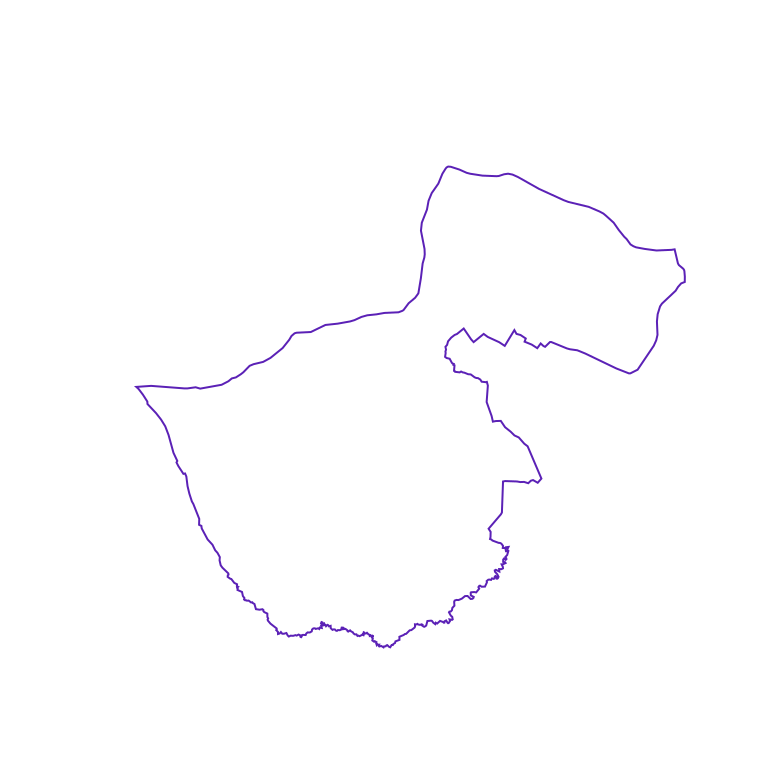 outline of Prachaksinlapakhom, Udon Thani, Thailand, rotated 302°
{"feature_id": "78962969B6434448964303", "entity_name": "Prachaksinlapakhom", "entity_type": "district", "adm_level": 2, "iso_a3": "THA", "parent_name": "Thailand", "parent_adm1": "Udon Thani", "projection": "robinson", "projection_center": [102.94, 17.257], "detail": "fine", "context": "isolated", "style": "outline", "palette": "violet", "viewbox_px": 768, "rotation_deg": 302, "n_neighbors": 0, "source": "geoboundaries", "source_scale": "gbopen_adm2", "svg_char_len": 6166}
<svg xmlns="http://www.w3.org/2000/svg" viewBox="0 0 768 768"><g transform="rotate(302 384 384)"><path d="M639.0,501.5L642.5,493.3L644.4,482.7L644.8,479.7L644.5,475.3L642.7,463.7L636.1,443.9L635.1,438.9L631.6,412.1L630.5,387.8L629.7,382.0L628.1,377.8L625.5,374.7L621.2,371.1L619.8,369.2L612.9,357.1L608.0,345.7L606.9,342.2L605.8,334.3L603.6,325.5L602.4,323.2L600.8,322.3L599.1,322.1L593.3,322.1L582.7,323.9L571.2,323.3L563.0,324.7L554.7,328.0L540.8,330.6L533.6,334.1L520.0,346.8L515.6,349.8L512.6,351.2L506.7,352.9L493.3,359.2L479.1,365.1L473.6,364.7L465.6,362.1L457.1,361.4L455.8,360.8L452.5,358.3L444.5,346.7L439.0,340.6L433.4,333.4L428.9,329.3L422.5,325.1L419.1,322.1L410.6,312.7L403.0,303.0L389.3,294.4L381.1,282.6L379.6,281.3L375.7,280.1L371.3,280.2L360.8,279.0L346.0,273.9L338.7,269.8L331.7,262.9L328.2,260.4L319.4,258.5L316.4,257.4L311.1,254.9L308.1,252.0L303.9,250.6L297.3,246.7L282.7,230.6L281.4,226.0L276.0,219.5L274.3,216.7L259.0,187.5L250.3,175.5L249.7,178.6L247.2,185.2L243.7,192.6L241.7,194.0L238.5,206.1L235.7,213.8L232.2,220.9L226.6,228.3L214.1,241.9L209.2,249.5L207.5,249.6L205.3,253.3L201.5,261.5L202.7,262.7L200.8,265.4L193.3,271.5L187.9,277.0L182.6,283.3L181.2,285.9L171.7,298.8L166.6,301.8L166.9,304.3L164.9,306.0L158.7,316.8L156.8,323.7L153.5,329.0L152.6,332.2L150.2,336.5L147.3,338.0L143.7,341.6L142.6,344.3L140.9,352.3L139.9,353.2L139.0,352.9L137.6,353.6L137.4,356.8L137.7,357.9L136.0,362.4L136.3,365.5L134.7,366.3L134.7,367.5L133.9,367.0L133.3,367.4L133.3,368.2L131.7,368.9L132.4,373.8L129.4,376.7L128.5,379.1L127.1,379.5L127.0,380.9L127.5,381.4L127.6,382.6L128.6,384.0L128.3,387.1L129.1,388.0L128.7,388.9L128.8,390.7L125.2,394.7L126.6,398.0L128.6,400.3L128.4,401.5L127.6,401.9L127.1,403.3L127.5,406.7L124.6,408.6L123.8,410.0L122.4,410.2L121.8,411.0L120.6,414.7L119.8,422.5L119.1,423.1L118.2,423.0L117.6,425.4L115.8,426.6L117.1,427.7L119.0,428.0L118.3,430.0L119.1,431.4L121.1,433.2L119.7,435.6L119.4,437.1L121.1,438.2L122.3,440.4L124.1,442.0L124.4,443.3L126.2,444.3L126.5,445.8L125.3,447.2L125.4,447.9L126.3,448.0L127.5,447.5L128.3,448.2L129.6,450.6L131.1,450.3L132.8,450.8L134.0,452.8L135.9,453.8L137.7,453.1L139.3,453.6L140.2,454.9L140.1,455.9L141.9,457.6L141.9,458.9L143.4,458.6L144.1,460.5L145.6,458.9L146.6,459.9L147.6,457.4L149.0,457.2L149.2,458.1L148.3,459.4L149.3,460.1L148.8,460.8L147.6,460.9L148.6,462.1L147.9,463.2L149.8,463.7L149.9,464.5L149.3,465.8L150.6,466.9L148.7,468.2L148.2,470.6L149.2,471.3L149.8,472.4L149.4,473.8L149.7,474.9L150.9,475.3L151.8,477.0L153.0,477.8L155.0,477.2L155.7,478.3L155.7,478.9L154.3,479.1L155.9,481.1L155.7,483.4L155.0,484.2L155.1,484.9L157.1,485.8L156.8,486.9L156.9,489.3L156.3,490.3L156.2,492.0L157.1,493.3L156.3,495.0L157.0,495.5L157.2,496.9L159.9,498.5L160.1,499.8L160.6,499.7L161.2,498.5L161.9,498.7L162.7,498.4L162.8,499.0L162.3,499.9L162.8,500.9L164.0,501.4L163.4,503.7L163.8,505.1L162.8,505.6L164.4,507.3L164.5,508.2L164.0,508.5L162.6,508.1L162.2,509.4L160.3,510.0L160.2,512.2L161.0,512.4L161.1,514.4L160.0,514.7L158.7,516.3L159.9,516.5L159.8,517.4L160.4,518.1L159.0,518.6L158.9,519.1L160.4,520.5L160.4,523.2L161.5,523.1L162.4,524.4L163.7,524.6L164.3,525.2L163.8,527.3L164.0,528.8L166.7,528.8L167.3,529.8L168.4,529.7L170.2,530.6L171.8,530.1L175.2,532.7L177.8,531.0L181.6,533.7L183.0,534.2L183.9,535.2L188.7,536.3L189.8,537.6L193.6,539.0L194.7,538.9L196.6,537.6L197.1,538.7L198.3,539.5L198.1,540.3L198.8,542.1L200.2,543.3L200.2,544.2L199.4,544.2L199.3,546.3L199.6,547.0L201.5,547.8L206.0,546.4L208.3,549.4L208.5,550.2L207.7,552.2L207.5,554.7L209.0,554.4L209.0,556.0L212.8,557.1L213.4,560.0L213.3,561.4L213.7,561.7L214.9,561.1L216.4,562.0L215.2,564.4L215.1,565.1L215.5,565.5L217.9,565.6L219.1,564.3L220.0,566.7L220.8,567.0L222.7,565.2L223.0,563.3L224.8,560.1L225.6,560.1L226.5,561.2L228.1,561.5L230.4,560.6L233.3,561.2L236.5,558.9L237.8,558.7L239.3,559.9L240.2,561.6L241.7,562.7L243.3,563.8L247.1,565.1L248.5,567.2L247.6,571.4L248.7,572.8L249.9,573.2L251.0,572.9L250.7,569.7L252.8,568.2L253.5,568.2L255.4,570.8L256.1,572.6L260.9,573.2L261.8,571.7L263.4,571.8L263.9,572.4L263.8,574.2L265.7,577.0L270.3,576.4L271.3,575.5L273.2,576.1L273.9,576.8L274.6,578.6L276.4,578.6L276.9,580.4L277.9,580.6L279.4,580.0L280.3,580.3L280.1,581.6L278.6,582.6L278.9,583.2L279.6,583.5L281.2,583.3L282.7,580.8L283.6,577.6L284.6,576.7L285.7,577.3L286.1,581.2L288.1,579.7L289.2,581.7L290.7,582.6L291.9,581.7L293.4,579.3L294.3,580.5L296.6,582.0L297.0,581.1L296.3,579.3L298.3,578.1L299.7,578.3L299.3,580.3L300.2,580.7L300.9,580.2L301.8,578.6L304.2,579.1L308.4,577.9L308.5,577.1L307.1,576.6L306.8,576.1L308.5,574.5L309.1,574.6L310.0,576.1L311.8,575.9L310.0,573.7L308.9,573.4L307.9,571.6L309.8,570.7L310.8,568.1L310.7,566.7L310.0,565.3L308.7,558.9L309.0,557.5L308.7,556.1L310.7,555.4L315.1,552.8L316.7,549.4L335.5,552.2L337.5,552.1L364.4,536.6L365.9,538.2L371.8,548.4L373.1,551.6L375.2,554.7L376.3,558.9L379.8,559.8L381.5,561.3L381.7,566.7L387.2,567.6L407.3,538.8L407.7,534.6L410.1,526.6L409.5,521.9L410.7,516.6L411.5,509.6L414.6,502.6L411.8,498.4L409.8,496.3L413.9,492.2L423.1,480.6L437.7,472.9L440.3,470.1L439.5,469.4L437.7,465.6L438.8,463.3L438.8,460.6L438.0,459.1L437.7,457.3L438.1,452.5L436.9,450.2L436.2,446.2L435.5,444.4L435.5,443.0L435.1,442.5L434.0,442.1L432.0,437.8L432.5,437.0L432.3,436.4L437.2,433.9L437.0,432.7L438.0,432.5L437.7,431.1L438.0,430.2L440.2,426.3L439.2,423.3L439.4,421.4L442.9,419.9L444.1,418.9L446.0,418.4L448.1,416.4L450.6,416.8L454.1,415.7L458.9,416.4L463.0,417.9L465.1,419.4L473.3,422.2L468.0,434.3L467.0,437.8L479.3,442.0L478.9,447.0L480.5,459.6L480.3,466.2L498.8,466.0L496.7,469.8L497.9,473.8L497.7,480.1L494.4,480.8L495.7,488.4L495.6,495.0L501.4,495.4L500.7,499.1L500.9,500.9L507.5,502.5L508.2,503.5L511.1,520.3L512.0,523.3L515.0,530.0L515.5,532.7L516.5,538.6L520.3,572.8L522.8,586.1L523.6,587.3L530.5,591.5L559.4,592.5L565.3,591.7L570.6,589.9L581.7,582.3L588.2,579.1L596.1,577.0L599.4,577.1L617.6,581.9L622.2,581.9L626.8,582.7L629.9,585.0L634.5,582.2L638.8,579.0L639.7,578.1L640.3,576.8L641.1,571.1L642.0,569.4L652.2,559.1L650.1,556.7L641.6,544.3L636.7,533.5L633.5,525.4L633.0,522.5L633.0,519.1L635.5,512.9L636.2,509.6L639.0,501.5Z" fill="none" stroke="#5b21b6" stroke-width="2"/></g></svg>